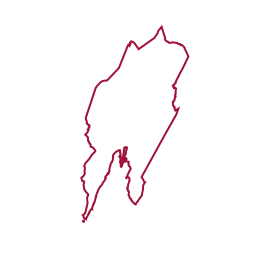 Vopnafjarðarhreppur, Austurland, Iceland (Robinson projection), rotated 124°
{"feature_id": "244011B85031335132444", "entity_name": "Vopnafjarðarhreppur", "entity_type": "district", "adm_level": 2, "iso_a3": "ISL", "parent_name": "Iceland", "parent_adm1": "Austurland", "projection": "robinson", "projection_center": [-14.859, 65.704], "detail": "fine", "context": "isolated", "style": "outline", "palette": "rose", "viewbox_px": 256, "rotation_deg": 124, "n_neighbors": 0, "source": "geoboundaries", "source_scale": "gbopen_adm2", "svg_char_len": 5772}
<svg xmlns="http://www.w3.org/2000/svg" viewBox="0 0 256 256"><g transform="rotate(124 128 128)"><path d="M25.3,156.7L30.2,157.2L31.9,156.9L32.9,156.5L34.2,156.5L35.3,156.4L37.8,156.5L38.4,156.4L56.7,163.3L55.5,166.1L53.8,170.9L54.2,173.7L54.5,173.8L55.3,173.6L55.2,173.8L55.3,173.9L55.7,173.8L56.0,174.0L56.2,173.8L56.7,173.9L57.2,173.6L57.9,173.8L57.9,173.5L58.2,173.5L58.4,173.2L58.1,172.7L58.9,172.6L59.0,172.6L58.8,173.0L59.5,174.3L83.3,169.1L100.3,171.9L102.0,174.1L103.3,175.3L104.4,175.9L106.0,176.4L110.2,177.1L112.7,177.2L143.5,168.6L146.1,165.4L146.7,164.9L147.3,164.8L147.4,164.2L147.2,163.8L147.7,162.6L147.7,162.3L147.3,161.8L147.7,161.5L147.8,161.1L148.2,160.6L148.7,160.6L149.2,161.0L150.1,160.7L150.2,160.4L150.6,160.1L151.1,160.1L151.4,160.5L151.9,160.5L152.1,160.2L152.3,160.3L151.9,159.8L152.5,159.4L153.8,159.4L154.3,159.2L155.0,159.2L157.4,159.7L158.0,156.6L158.2,156.0L160.9,153.9L161.2,153.4L161.1,152.6L161.2,152.4L162.5,151.3L162.3,150.1L162.4,149.9L164.3,148.7L164.4,148.4L163.9,146.7L164.0,145.2L164.5,144.1L164.8,142.8L165.3,142.2L166.2,142.1L168.3,142.6L170.9,142.9L175.5,142.9L181.0,143.6L184.1,143.0L184.5,142.1L185.1,141.4L187.9,140.0L189.8,138.4L191.0,138.1L192.4,138.1L193.5,138.3L195.1,138.8L195.6,138.7L197.5,136.2L197.4,135.6L196.8,134.7L196.9,134.4L198.1,133.7L199.7,133.3L203.3,130.0L203.5,128.9L204.3,127.8L205.3,123.8L206.4,123.3L208.5,123.1L213.1,119.4L222.7,115.8L225.1,116.6L225.0,116.3L225.2,116.1L226.0,115.7L226.5,115.2L226.7,114.8L227.2,114.3L227.3,113.8L227.0,113.2L227.3,112.8L226.9,112.4L226.9,111.9L226.4,112.2L224.4,112.2L222.9,112.5L221.3,112.5L221.1,112.6L220.8,112.6L220.7,112.8L220.2,112.7L220.0,112.8L219.4,112.8L219.4,113.0L218.6,112.9L218.0,113.2L217.6,113.1L217.2,113.3L216.6,113.2L216.1,113.1L215.8,113.0L215.7,112.7L215.0,112.8L215.0,112.7L214.8,112.9L214.3,112.9L213.0,113.5L212.6,113.4L210.3,114.2L209.9,113.9L209.4,113.9L208.7,114.5L207.8,114.4L204.3,115.7L203.4,115.8L203.5,116.0L202.4,116.6L201.3,116.7L199.7,117.3L198.3,117.4L197.7,117.7L195.1,118.1L192.4,118.3L189.8,117.9L188.9,117.9L188.0,118.2L186.0,118.1L184.3,118.1L183.6,118.3L183.1,118.1L182.5,118.6L181.9,118.5L182.0,118.9L181.5,119.4L180.6,119.5L179.0,119.3L178.5,119.1L178.1,119.3L177.1,119.5L176.7,119.4L176.7,118.7L176.3,118.8L175.4,119.0L174.8,119.1L174.5,119.5L173.8,119.4L172.7,120.4L169.9,121.4L168.8,121.6L168.1,122.2L166.7,122.3L165.5,122.2L165.2,122.6L163.8,122.5L163.3,122.7L162.9,122.7L161.7,123.6L161.0,123.7L160.2,124.5L159.6,124.6L158.7,125.2L155.6,124.9L152.9,123.9L152.1,123.5L151.1,122.6L150.9,122.0L151.0,121.8L151.4,121.6L152.3,121.5L152.9,120.8L153.2,120.3L154.1,119.8L154.3,119.6L154.1,119.5L154.7,119.2L154.8,118.9L155.4,119.0L155.3,118.9L155.5,118.6L155.7,118.4L156.0,118.2L155.7,118.2L155.9,118.0L156.6,118.0L156.0,118.0L156.2,117.9L156.3,117.5L156.5,117.5L156.4,117.6L156.5,117.6L156.4,117.7L156.6,117.7L156.9,117.3L157.1,117.6L156.9,117.9L157.0,118.2L156.6,118.4L157.0,118.2L157.5,117.1L158.3,116.2L159.4,116.1L159.5,115.9L159.6,116.1L159.6,115.9L160.3,115.9L160.7,115.4L160.9,115.3L161.0,115.1L160.6,114.8L160.9,114.7L161.0,114.4L161.6,114.2L164.0,112.4L164.1,112.1L163.9,111.8L162.5,111.9L161.5,112.4L160.9,112.3L160.4,112.8L159.2,113.3L155.7,115.5L155.1,115.8L154.8,115.3L154.7,115.4L155.0,115.8L149.1,118.7L148.3,119.3L147.4,119.5L147.0,119.8L146.3,120.0L146.3,119.8L145.8,119.6L146.8,119.6L145.9,119.2L145.8,118.8L145.4,118.8L145.5,118.6L144.8,118.5L144.7,118.0L145.0,117.8L145.8,117.6L146.8,116.9L149.1,116.8L149.3,116.7L149.1,116.3L149.2,116.2L149.9,115.7L151.2,115.4L151.5,115.1L154.7,115.3L154.4,114.9L154.5,114.8L154.4,114.2L154.6,114.0L154.5,113.7L154.9,113.6L154.4,113.2L154.6,113.1L154.3,112.9L154.3,112.3L154.6,111.9L154.9,111.7L155.5,111.9L155.4,112.5L155.8,112.6L155.9,112.8L156.2,112.9L158.2,113.4L159.3,113.1L159.3,112.9L158.1,112.2L157.0,111.3L156.0,109.6L155.6,108.6L155.7,108.4L156.5,108.2L157.3,107.7L157.4,107.4L157.7,107.3L158.4,106.6L158.7,106.5L158.9,106.3L158.9,105.0L159.2,104.4L159.7,103.6L160.4,102.9L161.4,102.7L162.9,102.8L164.5,102.4L165.0,102.4L167.0,102.1L167.8,101.7L168.8,101.7L169.8,101.8L170.3,101.7L170.5,101.5L170.5,101.2L169.3,101.2L168.9,100.9L168.7,100.5L168.7,99.3L169.1,98.5L169.9,98.0L170.5,97.7L170.6,97.4L175.5,96.0L176.1,95.4L176.7,95.5L178.5,94.9L178.5,94.7L178.2,94.4L178.5,94.2L179.1,94.1L179.7,93.6L179.7,93.4L180.0,93.0L179.8,92.6L180.5,91.5L181.7,90.7L182.7,90.4L183.2,90.1L183.7,89.0L184.0,88.8L184.5,87.8L185.3,87.2L185.3,86.6L185.1,86.3L185.4,85.5L186.0,84.9L185.8,84.7L186.6,83.4L186.5,82.8L187.0,81.7L187.0,81.2L187.2,80.5L187.2,80.0L187.0,79.7L187.1,79.2L187.0,78.9L184.9,79.3L183.2,78.8L181.8,79.0L176.2,78.9L170.4,81.3L167.3,83.2L166.8,83.4L163.3,83.5L163.5,84.4L163.4,85.0L162.2,86.5L162.1,87.2L161.4,88.5L161.1,89.3L111.4,93.8L89.9,95.5L83.8,97.1L87.0,98.5L86.6,99.1L86.6,99.4L85.7,100.3L84.9,100.7L85.1,101.1L84.7,101.4L84.4,101.8L84.0,103.5L82.9,104.2L81.8,104.8L81.6,105.2L81.4,105.4L80.1,105.3L80.0,105.0L79.8,104.9L79.5,105.1L78.3,105.2L77.6,105.9L75.6,106.0L75.6,106.3L75.6,106.6L75.5,106.8L73.6,107.4L73.4,107.7L72.7,107.7L72.2,108.3L70.6,109.1L69.8,109.7L68.4,110.3L68.3,110.9L68.6,111.0L68.6,111.5L69.2,112.1L69.1,112.4L69.2,112.5L68.7,113.1L68.1,113.2L68.3,113.5L68.1,114.2L67.4,114.0L66.6,114.2L66.8,114.4L66.3,114.4L66.0,114.1L64.5,113.7L63.9,113.8L64.0,114.0L63.7,114.1L63.1,114.1L63.0,114.3L52.7,115.6L48.6,115.9L35.0,117.9L29.5,126.8L29.0,129.8L29.9,130.7L29.3,131.8L30.0,132.9L30.1,133.7L29.8,134.4L29.9,134.9L30.4,135.4L32.2,139.3L33.3,139.9L34.5,141.9L34.5,142.3L34.1,143.0L34.4,143.8L34.5,144.4L34.4,145.3L34.1,146.4L33.8,146.9L32.7,147.5L25.3,156.7ZM230.2,112.5L229.9,112.3L229.5,112.7L229.9,113.2L230.1,113.2L230.2,112.9L230.6,113.0L230.7,112.5L230.5,112.3L230.2,112.5Z" fill="none" stroke="#9f1239" stroke-width="2"/></g></svg>